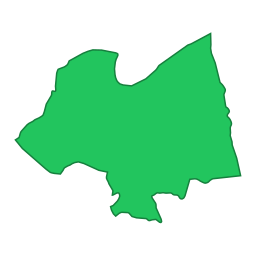 map outline of Kâmpóng Thum (Albers equal-area conic projection)
{"feature_id": "KHM-1788", "entity_name": "Kâmpóng Thum", "entity_type": "Province", "adm_level": 1, "iso_a3": "KHM", "parent_name": "Cambodia", "parent_adm1": "", "projection": "albers", "projection_center": [105.072, 12.831], "detail": "fine", "context": "isolated", "style": "filled", "palette": "green", "viewbox_px": 256, "rotation_deg": 0, "n_neighbors": 0, "source": "natural_earth", "source_scale": "10m", "svg_char_len": 2961}
<svg xmlns="http://www.w3.org/2000/svg" viewBox="0 0 256 256"><path d="M46.1,169.2L22.4,148.5L15.4,139.9L19.1,137.5L20.4,133.0L21.1,131.5L27.2,124.7L29.1,123.3L32.8,121.4L34.6,120.0L35.0,119.7L39.0,117.9L41.5,116.4L42.5,115.6L43.1,115.0L44.3,111.8L46.3,104.1L51.3,95.6L51.6,94.6L51.8,92.2L52.1,91.3L52.4,91.0L53.2,91.0L53.9,91.3L55.2,91.3L55.6,90.8L55.8,90.0L55.5,86.2L56.7,73.2L57.4,71.0L57.8,70.0L58.2,69.3L59.1,68.9L64.2,67.0L65.4,66.3L67.3,64.8L68.0,63.7L69.2,60.9L83.0,53.3L88.0,51.3L92.8,49.9L101.6,50.1L115.5,52.8L116.9,53.3L117.8,54.0L117.9,55.2L117.5,56.3L116.1,59.3L115.3,62.1L114.5,68.8L115.0,74.6L115.6,77.6L116.8,80.6L117.6,81.7L118.2,82.4L119.9,83.9L123.2,85.0L131.6,85.9L145.8,78.9L155.7,70.2L156.8,68.9L158.7,65.9L159.3,65.3L187.8,45.1L191.1,43.9L210.6,33.5L210.9,44.8L210.6,48.3L211.4,53.3L215.2,63.0L220.0,82.4L220.3,82.7L222.3,84.7L223.5,86.3L224.7,88.3L225.2,89.3L225.3,90.2L225.1,91.3L224.1,93.8L223.9,94.7L224.0,95.8L225.6,105.9L225.9,106.8L226.2,107.2L227.1,107.7L227.5,108.1L228.1,108.7L228.9,109.9L229.2,110.7L229.3,111.3L229.2,111.9L228.7,112.8L227.7,114.1L227.5,114.6L227.2,115.5L227.3,116.2L227.5,116.6L229.2,118.3L230.2,119.8L231.1,121.8L231.4,122.9L231.5,123.8L231.4,124.4L231.3,124.9L230.8,125.9L230.6,126.3L230.2,127.9L230.5,132.8L230.2,135.6L232.0,141.8L232.2,145.0L236.7,158.2L240.6,175.7L213.1,178.7L212.4,178.9L210.2,180.2L208.4,182.0L207.7,182.4L206.8,182.8L205.4,183.1L204.5,183.0L203.4,182.6L201.1,181.5L199.4,180.5L199.1,180.2L198.3,179.8L196.6,179.0L194.7,178.8L189.8,179.3L185.0,195.8L183.9,197.8L183.3,198.3L182.2,198.9L181.4,198.9L180.8,198.8L180.3,198.5L180.0,198.2L179.7,197.9L179.4,197.5L179.0,196.6L178.7,196.2L178.4,195.8L178.0,195.5L177.6,195.3L177.1,195.1L176.4,195.0L174.5,194.9L173.9,194.8L173.4,194.6L173.0,194.4L171.9,193.4L171.4,193.2L170.9,193.0L170.3,192.9L166.1,193.1L164.9,193.0L164.2,192.8L163.0,192.7L162.0,192.8L160.8,193.0L159.7,193.1L157.3,192.8L156.8,193.0L156.3,193.2L154.1,194.9L152.2,195.8L151.8,196.1L151.8,196.9L152.2,198.0L155.6,203.3L155.8,203.9L156.0,204.7L156.1,207.9L161.0,218.9L161.3,219.9L161.5,221.0L161.6,221.5L161.5,221.8L161.3,222.1L160.8,222.5L159.5,222.2L155.9,219.4L152.2,219.8L150.8,220.2L150.0,220.5L149.3,220.6L148.8,220.5L148.2,220.2L146.6,218.8L146.2,218.6L136.5,217.8L132.0,216.5L129.1,213.2L128.7,213.0L128.3,212.7L127.5,212.6L122.1,212.3L121.1,212.4L119.2,213.3L115.7,216.1L113.4,213.8L111.6,210.3L111.3,209.4L110.6,206.6L113.2,205.5L117.3,201.2L118.2,199.8L118.9,198.6L119.6,196.7L119.7,196.0L119.7,195.4L119.3,193.8L119.1,193.4L118.7,193.1L118.3,192.9L116.8,193.0L113.0,195.0L112.7,195.1L112.3,195.1L112.8,191.9L112.9,190.8L112.5,189.9L109.0,183.9L108.2,181.7L107.2,179.9L106.5,178.2L106.5,176.9L107.5,172.1L98.9,170.3L83.9,163.5L78.5,161.9L77.7,162.0L74.6,162.6L72.1,163.7L70.1,165.0L67.8,165.9L64.8,167.6L64.1,168.3L63.8,168.7L63.4,169.7L62.7,170.8L60.4,174.0L54.3,173.4L51.9,172.9L50.3,172.4L46.1,169.2Z" fill="#22c55e" stroke="#15803d" stroke-width="1.5"/></svg>